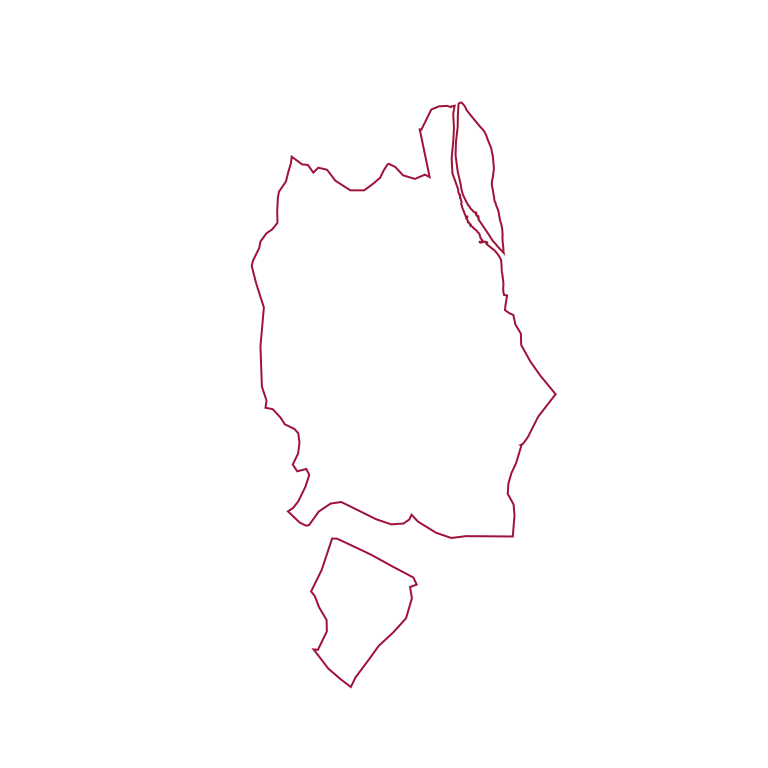 Auseem, Al Jizah, Egypt, rotated 26°
{"feature_id": "37247803B16391777329697", "entity_name": "Auseem", "entity_type": "district", "adm_level": 2, "iso_a3": "EGY", "parent_name": "Egypt", "parent_adm1": "Al Jizah", "projection": "equal_earth", "projection_center": [31.148, 30.12], "detail": "fine", "context": "isolated", "style": "outline", "palette": "rose", "viewbox_px": 768, "rotation_deg": 26, "n_neighbors": 0, "source": "geoboundaries", "source_scale": "gbopen_adm2", "svg_char_len": 5830}
<svg xmlns="http://www.w3.org/2000/svg" viewBox="0 0 768 768"><g transform="rotate(26 384 384)"><path d="M542.8,318.0L520.7,307.9L505.8,299.7L490.2,288.8L484.9,278.7L476.0,272.9L470.0,265.3L465.5,265.4L460.4,264.6L458.8,260.4L455.8,250.4L452.9,251.4L452.3,250.5L451.7,249.9L451.4,249.6L451.0,249.3L450.3,247.7L449.9,247.2L449.6,246.6L448.2,243.5L447.8,242.3L447.3,241.3L446.0,239.3L445.1,237.7L443.6,235.9L443.6,235.7L443.5,235.3L443.5,235.1L443.2,234.9L442.8,234.4L442.4,233.7L441.8,232.7L440.9,231.9L437.6,225.8L435.6,222.4L434.8,221.2L434.5,220.8L434.0,220.6L432.6,219.5L431.4,218.7L430.6,218.2L429.6,217.6L428.4,217.0L424.5,215.4L423.7,215.2L423.2,215.1L422.9,215.1L422.6,215.1L421.7,214.8L420.2,214.5L418.7,214.1L417.5,213.9L416.9,213.8L414.9,213.2L414.4,213.0L414.2,212.9L414.2,212.7L414.2,212.3L414.4,212.2L414.7,212.0L414.9,211.9L414.9,211.7L414.7,211.5L414.6,211.4L413.4,211.5L413.0,211.6L412.5,211.7L412.1,212.0L411.5,212.4L410.6,213.3L410.4,213.5L409.1,214.4L408.5,214.7L408.4,214.7L408.3,214.3L408.2,214.2L407.9,214.5L407.7,214.5L407.6,214.4L407.6,214.2L408.3,213.9L408.7,213.7L409.2,213.4L409.6,213.0L409.9,212.8L410.0,212.6L410.1,212.4L410.0,212.1L409.7,211.9L406.7,210.4L406.3,210.0L405.8,209.3L405.0,208.5L404.1,207.5L403.7,207.2L403.2,206.9L402.7,206.7L402.0,206.6L401.5,206.5L401.2,206.3L400.8,205.8L400.5,205.7L399.9,205.6L398.5,205.2L396.1,204.7L395.8,204.5L395.3,204.1L394.9,203.9L394.7,203.9L394.0,204.0L393.2,204.1L392.8,203.9L392.2,203.8L392.3,202.9L392.1,202.6L391.6,202.6L391.2,202.8L390.1,202.0L389.6,201.5L389.4,201.5L388.9,201.8L388.5,201.9L388.2,201.0L387.9,200.6L387.3,200.2L386.4,199.9L385.9,199.4L385.8,198.9L385.7,198.5L385.7,198.3L385.7,198.2L385.6,197.7L385.8,197.2L385.7,197.1L385.4,197.0L384.8,198.0L384.7,198.2L384.4,197.8L384.1,197.7L383.9,197.5L383.4,196.9L382.9,196.4L381.7,195.5L380.1,193.9L378.5,192.6L377.5,191.6L376.9,191.0L376.5,190.7L376.0,190.1L375.5,189.2L375.4,189.1L375.0,188.9L374.8,188.8L374.5,188.4L374.3,188.1L374.2,187.8L374.2,187.6L374.2,187.1L374.2,186.9L374.0,186.5L373.7,186.1L372.8,185.3L372.2,184.6L371.9,184.2L371.5,183.5L371.4,183.4L371.2,183.4L370.9,183.4L370.6,183.3L370.5,183.1L370.5,182.7L370.4,182.4L370.1,182.1L369.8,181.9L369.6,181.6L369.6,181.3L369.6,181.1L369.7,180.9L369.6,180.7L369.4,180.7L369.0,180.8L368.8,180.7L368.0,180.1L367.0,179.3L366.6,178.9L365.3,176.5L353.1,164.6L345.9,151.6L339.5,134.6L334.4,122.7L327.8,110.9L325.5,102.9L322.5,105.3L322.7,105.7L318.5,106.5L311.5,110.5L306.2,116.6L306.1,139.1L304.5,139.5L334.3,178.0L329.0,177.9L321.9,186.1L309.6,188.1L299.0,184.0L291.9,184.0L290.9,185.2L290.1,192.1L290.1,200.3L286.6,208.4L281.3,218.6L268.9,224.7L251.2,222.6L238.9,216.4L230.1,218.4L227.8,225.0L219.5,220.5L214.2,222.5L201.4,220.2L203.6,226.5L205.3,236.7L207.1,244.9L205.3,257.2L207.0,263.3L212.3,275.6L217.6,285.8L215.8,293.9L212.3,300.0L210.5,310.2L212.2,316.4L212.2,330.7L213.3,335.8L224.2,348.7L226.6,351.3L242.5,367.9L256.4,404.2L275.4,439.9L285.7,450.4L287.9,457.3L295.0,455.4L305.6,459.5L312.6,463.7L323.2,463.7L328.5,465.8L333.8,473.9L337.3,484.2L337.3,496.4L344.3,500.5L351.4,494.4L356.7,498.5L358.4,510.8L358.4,527.1L356.6,535.3L353.5,540.6L369.0,545.5L376.0,545.5L378.5,543.7L381.3,527.2L388.4,514.9L397.3,508.8L436.1,509.0L452.0,507.0L462.6,500.9L466.1,494.8L466.1,489.4L474.9,492.8L496.1,494.9L512.0,492.9L524.4,484.8L566.6,464.6L558.9,444.9L553.3,435.5L543.3,428.4L539.5,419.0L537.6,408.5L537.4,397.0L534.4,378.8L533.6,378.9L535.2,376.7L536.6,368.7L536.9,345.7L542.2,320.4L542.4,319.8L542.8,318.0ZM487.0,670.9L487.0,660.3L489.3,648.3L491.4,637.1L494.1,621.5L501.0,603.8L503.5,595.4L506.5,584.8L503.0,564.3L496.4,555.0L501.3,550.0L495.3,545.1L472.2,544.3L446.5,543.1L427.6,543.3L409.5,543.6L405.1,545.6L409.5,578.3L409.4,602.4L414.7,604.9L423.5,613.1L435.9,621.3L441.1,631.5L441.1,651.9L437.1,653.4L458.7,664.2L474.6,668.4L485.2,670.5L487.0,670.9ZM329.9,97.1L329.3,97.6L329.1,97.9L328.8,98.2L328.5,98.9L328.2,99.5L328.5,100.2L332.7,110.4L337.4,120.3L342.6,135.0L348.0,147.0L357.3,161.0L363.8,168.9L368.6,175.5L368.8,175.6L369.2,176.2L371.9,179.2L372.1,179.4L378.3,184.3L381.2,186.2L381.6,186.6L381.8,186.7L382.3,186.7L382.7,186.8L383.0,187.0L383.8,187.6L385.0,188.3L385.4,188.5L386.4,188.8L387.9,189.3L388.9,189.8L389.7,189.9L390.9,190.0L391.1,189.9L391.4,189.6L391.5,189.5L391.6,189.4L392.1,189.7L392.2,189.9L392.2,190.0L391.9,190.7L391.9,190.8L391.9,191.0L392.0,191.1L392.8,191.7L393.0,191.9L393.4,192.0L393.6,191.9L393.8,191.7L394.2,191.7L394.2,191.8L394.2,192.0L394.5,192.3L394.6,192.1L395.0,192.0L395.4,192.0L395.6,192.2L395.7,192.3L395.8,192.5L395.6,193.0L395.7,193.3L396.5,193.6L396.7,193.8L396.8,194.1L396.7,194.6L396.8,194.7L410.0,202.2L411.1,202.9L413.1,204.0L416.8,206.4L418.2,207.2L419.1,207.6L420.1,208.1L422.9,209.2L426.1,210.7L434.1,213.7L433.0,212.0L431.6,209.4L430.1,207.0L428.9,205.2L428.0,203.6L426.6,201.1L426.1,200.0L425.1,197.7L424.9,197.2L424.6,196.8L424.2,196.2L422.6,193.3L421.5,191.8L420.6,190.5L419.3,189.0L417.9,187.4L416.4,185.9L415.8,185.1L414.9,183.8L412.8,180.8L411.9,179.5L411.0,178.5L409.5,176.9L408.9,176.4L407.2,174.9L405.9,173.6L404.7,172.3L403.1,170.9L402.7,170.5L402.1,169.8L401.8,169.1L401.3,168.1L401.1,168.0L400.8,167.6L400.3,166.9L399.8,166.1L399.1,165.4L398.4,164.2L397.3,162.6L394.8,159.4L394.0,158.3L393.8,158.0L393.3,157.1L392.2,154.3L391.5,152.2L391.4,151.6L391.3,150.7L391.1,150.1L390.8,149.2L389.9,147.1L389.7,146.3L389.4,145.0L389.0,143.9L388.6,142.9L388.0,141.6L387.4,140.6L386.6,139.2L382.0,131.7L381.1,130.4L380.6,129.7L379.3,128.3L378.9,127.7L377.7,126.0L377.1,125.1L376.9,125.0L368.5,117.4L367.5,116.3L366.2,115.1L364.8,114.1L363.4,113.1L361.8,112.3L361.1,111.9L359.5,111.3L358.5,111.0L349.2,106.8L344.4,104.6L337.9,101.5L337.0,100.6L336.0,99.8L335.2,99.2L333.9,98.5L333.1,98.1L331.9,97.6L331.2,97.4L329.9,97.1Z" fill="none" stroke="#9f1239" stroke-width="2"/></g></svg>